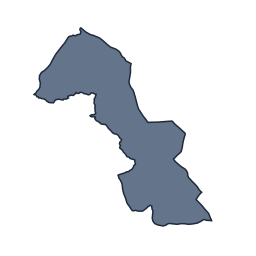 outline of Mpanda Urban, Katavi, United Republic of Tanzania, rotated 100°
{"feature_id": "72390352B31642859672055", "entity_name": "Mpanda Urban", "entity_type": "district", "adm_level": 2, "iso_a3": "TZA", "parent_name": "United Republic of Tanzania", "parent_adm1": "Katavi", "projection": "natural_earth1", "projection_center": [31.001, -6.409], "detail": "fine", "context": "isolated", "style": "filled", "palette": "slate", "viewbox_px": 256, "rotation_deg": 100, "n_neighbors": 0, "source": "geoboundaries", "source_scale": "gbopen_adm2", "svg_char_len": 4805}
<svg xmlns="http://www.w3.org/2000/svg" viewBox="0 0 256 256"><g transform="rotate(100 128 128)"><path d="M165.4,60.3L164.1,61.0L162.2,61.4L160.0,62.9L159.2,63.8L158.5,64.7L157.6,67.0L157.0,68.5L155.4,71.4L152.9,75.5L150.8,77.8L148.3,76.1L146.4,74.9L143.2,72.3L142.1,71.6L141.9,71.5L137.7,71.2L134.6,71.3L133.9,71.3L131.6,71.3L127.9,71.0L126.2,70.8L124.5,70.6L124.0,70.7L123.2,70.9L121.7,73.3L119.2,77.2L115.9,82.7L115.0,83.8L113.6,85.6L113.9,87.4L115.1,92.2L117.2,100.3L117.9,104.2L119.0,109.4L117.2,111.2L115.5,113.0L114.0,114.8L109.4,119.1L107.5,120.9L104.9,122.3L101.0,124.1L96.3,126.2L93.8,127.5L91.9,128.4L89.6,129.8L88.1,131.5L87.5,132.2L84.9,134.0L84.4,134.2L83.8,134.5L82.5,135.0L81.7,135.1L78.2,135.1L72.7,135.2L67.5,136.2L64.1,136.1L63.3,138.4L62.2,141.8L60.3,143.3L59.6,144.0L58.9,145.9L58.4,146.3L57.5,147.2L55.9,148.3L55.5,148.5L53.8,150.6L52.4,153.7L51.4,159.2L49.5,162.8L47.6,165.7L45.9,168.6L44.5,171.2L44.1,172.4L43.8,173.5L43.5,175.2L43.2,176.5L42.8,177.8L42.7,180.2L42.4,181.7L41.3,184.8L40.4,187.1L39.2,189.0L38.2,190.6L37.6,191.9L38.4,192.5L39.6,192.4L40.1,192.1L41.2,191.2L42.1,191.3L42.9,191.1L43.7,191.3L44.4,192.6L44.6,193.5L45.3,194.7L46.3,195.8L46.4,196.6L46.1,197.5L46.3,198.5L47.2,199.4L47.5,200.1L47.5,200.8L48.3,202.1L48.7,202.3L48.9,202.4L49.4,202.8L54.8,204.9L60.9,208.3L67.6,211.8L70.5,212.9L74.1,214.2L78.7,215.6L82.1,217.5L86.1,220.5L88.3,222.9L91.6,224.2L95.2,223.9L98.8,222.2L103.0,221.8L105.3,222.5L107.3,224.0L109.1,224.6L111.3,226.4L111.5,226.0L111.5,224.4L111.7,224.2L111.8,224.1L113.1,223.1L113.0,221.7L113.9,221.2L113.7,219.6L114.0,218.4L114.0,217.9L114.0,215.7L114.9,213.4L115.8,212.6L116.1,211.6L116.2,211.3L116.3,211.0L116.6,210.5L116.5,208.3L116.1,205.7L113.8,204.7L113.1,204.5L112.5,203.3L111.8,202.0L111.7,201.7L111.7,200.1L111.7,199.7L111.7,198.9L111.8,196.9L110.6,196.2L110.5,195.3L110.2,193.7L108.8,191.9L108.4,192.4L107.3,192.9L106.6,191.5L105.5,189.8L105.5,187.6L104.1,186.3L103.7,186.1L102.3,185.4L102.2,185.4L102.3,185.0L102.8,184.1L102.7,183.6L102.6,183.2L102.3,182.3L101.1,181.2L101.1,178.8L101.3,178.3L101.9,177.3L101.6,175.6L102.0,174.3L102.1,173.3L102.1,172.3L101.6,171.6L100.9,170.9L100.2,170.5L99.9,170.4L99.7,170.3L99.7,168.9L99.8,167.9L100.0,167.6L100.4,166.1L100.3,165.3L101.9,165.4L103.8,165.7L105.4,166.4L106.7,165.9L107.9,165.9L109.6,165.7L110.6,164.9L112.0,164.0L112.9,164.3L114.2,164.0L115.2,163.8L116.1,163.5L117.4,163.2L118.7,162.5L119.8,162.4L120.7,164.0L121.1,165.5L121.6,166.7L122.4,167.4L122.5,167.5L123.0,167.0L123.2,166.3L123.3,166.0L123.1,165.1L122.7,162.5L123.3,161.9L124.2,162.4L124.3,162.4L125.1,161.8L125.3,161.6L125.9,160.9L126.3,160.4L126.5,159.7L126.9,158.2L127.1,157.8L128.7,155.2L128.7,153.9L128.7,152.9L128.4,150.9L129.4,149.6L129.8,149.0L131.1,147.8L131.9,147.1L132.7,145.9L133.6,144.4L134.1,143.9L135.5,142.2L135.6,141.8L135.9,140.8L136.2,139.8L136.1,139.2L136.0,138.6L136.7,136.8L137.2,136.2L137.8,135.5L139.1,134.6L140.6,132.3L141.9,132.6L142.9,132.8L143.0,133.0L143.3,133.6L144.1,133.7L144.5,133.7L145.2,133.6L146.0,132.9L146.8,132.3L147.9,132.8L148.7,132.7L149.2,132.6L150.1,131.1L150.2,130.6L151.3,129.2L152.3,128.6L153.5,126.8L154.9,125.1L155.6,124.8L156.4,124.0L156.4,123.9L156.5,121.9L156.9,121.5L157.2,121.1L157.6,120.8L157.8,119.6L157.9,119.1L157.9,117.3L158.3,116.4L158.4,115.7L160.3,115.3L160.9,115.0L162.2,114.4L162.7,114.7L163.9,115.7L165.2,115.9L166.4,116.2L167.8,116.9L168.8,117.8L169.7,119.1L170.9,119.9L171.3,121.6L171.7,122.1L172.7,123.3L173.5,124.7L174.1,126.0L174.8,127.3L175.5,128.7L176.1,129.4L176.2,129.6L177.5,128.9L179.0,128.2L180.3,126.8L180.4,126.7L180.5,126.6L180.8,126.4L181.7,125.8L182.2,125.4L183.0,124.8L183.5,124.5L183.8,124.3L185.0,123.9L186.0,123.6L189.9,122.4L190.5,122.1L193.1,121.0L197.3,118.4L200.6,116.7L201.4,116.2L202.0,115.9L202.4,115.7L202.5,115.6L205.0,113.0L207.4,110.8L208.6,109.4L208.6,108.2L207.9,106.8L208.0,103.5L208.0,102.4L207.7,101.5L207.4,99.4L205.2,97.1L203.9,96.0L203.6,95.8L203.4,95.9L203.6,95.8L203.2,95.5L202.6,95.0L201.7,94.4L200.7,93.2L200.4,92.9L200.5,92.5L200.5,92.1L200.6,91.2L203.7,90.2L205.5,89.0L207.9,88.8L212.6,88.5L213.7,88.0L215.5,87.2L216.9,85.7L217.5,85.1L218.2,82.0L218.3,81.4L218.4,76.3L218.1,75.9L217.8,75.2L217.6,74.8L217.1,73.8L215.6,72.3L215.0,71.1L214.9,70.8L214.8,70.5L214.7,68.4L214.3,63.0L213.3,59.9L213.2,59.8L213.1,59.7L212.7,57.4L212.4,54.9L212.4,52.9L212.1,50.7L211.2,47.5L210.3,45.1L209.5,43.0L208.4,41.6L208.0,41.1L207.4,40.2L207.2,39.9L206.1,38.8L205.0,37.6L205.0,35.9L205.3,34.5L204.8,30.9L204.9,29.6L204.5,29.6L202.2,31.3L199.9,32.7L198.1,33.8L194.6,38.2L191.5,41.8L186.7,48.5L184.5,47.7L184.0,47.5L181.3,46.2L181.0,46.0L178.5,44.3L177.9,45.3L176.5,47.1L175.5,48.1L174.5,48.9L173.9,49.5L172.7,51.0L171.1,53.1L170.2,54.5L166.2,59.8L165.6,60.2L165.4,60.3Z" fill="#64748b" stroke="#1e293b" stroke-width="1.5"/></g></svg>